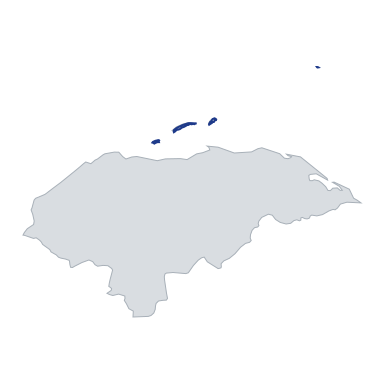 location of Islas de la Bahía within Honduras
{"feature_id": "HND-641", "entity_name": "Islas de la Bahía", "entity_type": "Department", "adm_level": 1, "iso_a3": "HND", "parent_name": "Honduras", "parent_adm1": "", "projection": "albers", "projection_center": [-86.1, 16.743], "detail": "fine", "context": "in_parent", "style": "outline", "palette": "blue", "viewbox_px": 384, "rotation_deg": 0, "n_neighbors": 0, "source": "natural_earth", "source_scale": "10m", "svg_char_len": 3525}
<svg xmlns="http://www.w3.org/2000/svg" viewBox="0 0 384 384"><path d="M361.0,202.9L346.9,202.2L340.4,204.1L337.5,208.0L335.1,209.8L333.0,209.4L328.8,211.0L322.5,214.6L316.8,215.9L311.7,215.1L310.2,216.0L309.8,217.2L309.1,218.3L307.1,218.9L304.8,218.6L302.3,217.4L300.9,217.9L300.8,220.2L299.4,220.8L296.8,219.8L293.9,220.6L290.7,223.3L286.1,224.0L280.2,222.4L275.6,219.5L272.3,215.2L268.4,214.2L261.7,217.4L258.8,221.2L258.2,223.5L258.9,225.6L257.7,227.0L254.5,227.7L252.1,230.3L250.5,234.7L250.2,238.1L251.2,240.5L249.6,242.3L245.5,243.4L240.6,247.2L235.0,253.7L229.4,258.3L223.8,260.9L221.1,263.7L221.3,266.8L221.0,267.8L219.9,268.2L218.1,268.6L207.3,261.8L204.2,257.1L201.6,257.8L198.2,260.2L193.4,265.5L188.3,272.8L185.8,273.6L173.0,272.5L166.3,273.1L164.9,274.1L164.3,276.8L164.6,280.3L166.5,293.2L167.5,298.4L166.4,300.1L163.0,300.3L158.5,301.0L156.1,303.4L155.5,305.9L155.2,309.4L153.8,313.0L151.0,315.5L148.3,316.4L133.0,317.0L133.3,311.1L128.9,308.7L126.4,303.7L124.3,300.4L125.0,298.4L124.8,296.0L118.6,294.1L112.8,295.5L109.4,294.5L107.0,293.3L111.2,290.4L111.6,288.6L110.2,287.3L108.8,286.4L109.3,283.1L110.2,279.2L112.6,270.1L111.7,268.5L107.9,265.7L103.0,265.4L97.6,266.2L95.0,264.7L92.7,261.6L88.9,260.0L82.0,262.5L74.7,266.2L72.5,267.5L70.6,267.3L69.9,264.5L69.5,261.1L69.1,260.3L65.3,259.0L60.8,258.1L58.5,257.2L56.3,254.9L51.0,251.9L49.8,249.6L42.7,244.5L41.3,242.0L39.6,240.2L36.2,237.8L33.5,238.4L24.4,235.3L23.0,235.1L24.3,232.6L27.3,228.7L33.6,224.5L34.2,221.0L32.7,214.2L31.1,209.9L32.0,207.9L34.1,200.1L35.6,198.3L44.7,194.5L45.5,194.0L52.7,188.5L60.7,182.5L69.0,175.8L78.2,168.3L83.3,163.9L85.7,162.0L90.9,163.7L95.1,160.1L97.5,159.0L103.2,154.7L104.9,153.8L114.3,152.1L118.8,152.2L122.7,156.6L125.9,159.0L131.8,157.0L136.8,156.5L157.3,160.7L165.4,158.9L180.3,158.6L187.1,159.6L196.6,153.9L202.7,152.7L209.8,150.0L208.9,147.3L207.2,146.1L218.1,147.2L234.3,153.0L251.6,151.9L257.9,148.7L261.9,147.8L279.7,153.7L284.4,158.2L288.0,158.7L290.8,157.6L291.6,156.6L288.1,155.7L286.5,154.2L300.5,156.9L327.1,178.4L327.6,180.1L316.3,173.8L310.4,174.4L308.8,175.4L309.2,178.9L309.8,180.6L312.3,180.7L314.2,179.8L318.9,180.9L322.0,183.2L325.7,186.7L328.0,190.5L330.4,190.6L332.8,188.2L337.3,187.9L340.2,190.4L342.3,190.3L339.3,186.3L332.5,182.3L334.1,182.1L349.3,189.2L353.6,198.2L357.2,200.2L361.0,202.9ZM183.7,126.1L175.0,130.5L172.3,130.4L176.3,127.0L182.7,124.1L188.1,122.7L192.6,123.3L183.7,126.1ZM213.3,121.4L209.2,124.7L208.5,123.2L210.5,120.2L212.9,118.5L215.3,118.7L214.8,120.0L213.3,121.4Z" fill="#d9dde1" stroke="#a8b0b8" stroke-width="1"/><path d="M173.6,131.3L174.0,130.0L175.6,128.7L177.7,127.4L179.4,126.6L182.6,125.1L186.1,123.9L188.4,123.2L190.1,123.1L192.2,123.2L193.9,123.3L196.6,123.3L195.5,123.6L194.3,124.2L193.2,123.9L191.6,124.3L190.5,124.0L189.5,124.2L189.2,124.4L188.4,124.9L188.1,125.0L187.6,125.0L186.8,125.2L185.8,125.9L183.9,126.9L181.9,127.6L179.9,129.1L178.0,129.7L176.8,129.8L175.9,130.6L175.0,131.5L173.9,132.2L173.6,131.3ZM211.1,121.4L212.0,119.9L212.6,119.1L214.4,118.3L215.4,118.7L216.2,119.4L216.0,120.1L214.8,120.2L214.5,121.0L213.8,122.0L212.7,122.0L212.0,122.9L209.2,124.7L209.0,124.2L209.6,123.2L210.3,121.8L211.1,121.4ZM158.9,140.2L159.2,140.5L158.7,141.5L158.9,142.1L157.8,142.1L157.0,142.3L155.5,142.9L154.3,143.6L153.4,142.9L152.4,142.6L152.9,141.9L155.3,140.8L156.7,140.5L157.5,140.3L158.2,140.1L158.9,140.2ZM316.9,67.0L317.3,67.0L317.7,67.1L318.1,67.2L318.4,67.4L317.9,67.5L317.5,67.5L317.1,67.3L316.9,67.0Z" fill="none" stroke="#1e3a8a" stroke-width="2"/></svg>